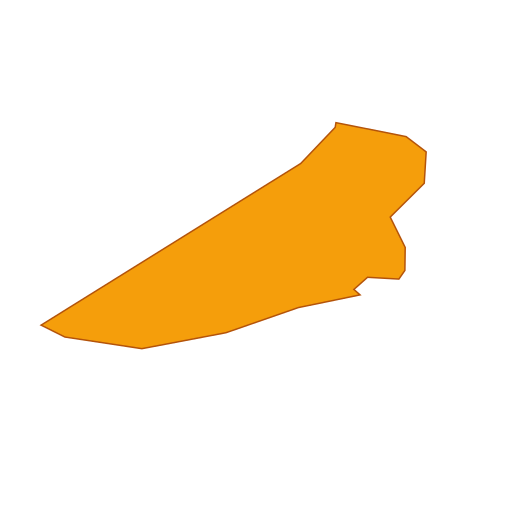 the Unitary Authority of Brighton and Hove, rotated 128°
{"feature_id": "GBR-2674", "entity_name": "Brighton and Hove", "entity_type": "Unitary Authority", "adm_level": 1, "iso_a3": "GBR", "parent_name": "United Kingdom", "parent_adm1": "", "projection": "albers", "projection_center": [-0.128, 50.838], "detail": "fine", "context": "isolated", "style": "filled", "palette": "amber", "viewbox_px": 512, "rotation_deg": 128, "n_neighbors": 0, "source": "natural_earth", "source_scale": "10m", "svg_char_len": 396}
<svg xmlns="http://www.w3.org/2000/svg" viewBox="0 0 512 512"><g transform="rotate(128 256 256)"><path d="M442.8,382.8L155.5,277.7L105.9,272.8L101.7,275.1L69.5,211.2L69.2,186.0L95.1,168.2L142.7,174.2L157.4,143.7L175.7,129.8L186.2,129.2L204.1,155.0L222.1,158.3L222.6,150.1L270.6,190.9L334.9,232.4L399.3,288.9L437.5,356.7L442.8,382.8Z" fill="#f59e0b" stroke="#b45309" stroke-width="1.5"/></g></svg>